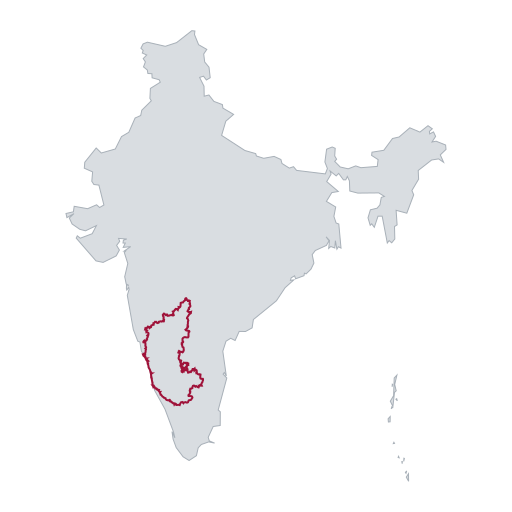 Karnataka on a map of India (Natural Earth projection)
{"feature_id": "IND-2446", "entity_name": "Karnataka", "entity_type": "State", "adm_level": 1, "iso_a3": "IND", "parent_name": "India", "parent_adm1": "", "projection": "natural_earth1", "projection_center": [76.378, 15.043], "detail": "fine", "context": "in_parent", "style": "outline", "palette": "rose", "viewbox_px": 512, "rotation_deg": 0, "n_neighbors": 0, "source": "natural_earth", "source_scale": "10m", "svg_char_len": 9692}
<svg xmlns="http://www.w3.org/2000/svg" viewBox="0 0 512 512"><path d="M66.0,213.5L73.4,211.8L74.2,206.3L87.6,208.7L96.6,204.8L99.6,207.5L103.9,205.0L98.9,185.1L93.9,184.5L91.8,181.3L92.6,171.9L84.3,168.2L84.8,162.2L96.2,148.0L101.3,153.0L115.3,149.0L121.5,136.6L128.8,132.3L135.1,118.0L140.7,115.5L141.8,110.2L151.3,100.8L149.9,98.4L150.4,88.4L160.3,82.2L159.1,79.7L152.1,77.8L151.9,73.7L147.9,73.5L147.3,70.0L143.5,66.9L145.4,61.9L143.2,58.6L146.7,55.0L142.3,53.0L143.2,50.5L140.9,48.2L143.1,43.9L147.4,42.2L165.3,46.3L176.6,42.6L191.8,30.7L194.9,31.0L194.5,34.6L198.6,44.7L206.8,49.4L203.7,54.0L204.7,62.0L209.0,67.2L210.2,77.7L206.4,80.0L203.5,76.2L199.6,77.4L204.0,86.2L204.2,96.2L208.9,95.0L213.9,101.4L222.4,104.6L222.9,108.1L233.6,114.4L225.8,121.2L221.6,135.4L244.9,150.5L255.7,153.6L256.4,156.0L263.7,158.3L274.1,156.4L280.9,159.5L282.0,163.5L289.3,168.1L293.5,166.7L296.6,170.4L325.3,173.9L327.4,168.5L324.9,162.0L326.6,149.2L332.2,147.0L335.2,148.3L334.7,156.0L336.6,159.2L334.7,161.4L340.2,167.0L348.2,168.8L355.7,165.9L360.9,167.7L377.3,166.4L378.1,159.6L371.6,155.4L372.0,152.2L383.8,150.3L392.5,138.5L399.1,137.0L409.8,127.8L419.9,132.1L428.0,125.7L432.3,128.8L429.4,131.4L429.7,133.9L433.5,131.9L435.6,136.4L432.0,142.0L436.1,141.2L445.6,145.0L446.0,149.4L440.3,154.9L443.6,162.3L438.6,158.9L431.6,160.0L418.2,170.5L418.6,179.2L411.9,190.5L413.7,194.8L406.8,213.2L396.1,210.3L397.1,224.9L394.5,226.5L394.8,239.0L391.7,242.8L389.1,240.6L387.3,243.0L382.2,216.2L378.0,216.2L374.3,227.3L371.7,223.8L370.2,225.3L368.0,217.8L370.4,209.8L377.1,208.2L379.9,204.9L381.3,197.4L384.4,196.4L378.8,192.9L357.8,193.1L349.8,191.0L349.4,180.8L347.3,176.5L345.8,179.8L343.4,179.8L338.7,173.4L336.2,175.9L330.1,171.0L331.1,174.1L326.7,181.6L338.3,191.5L331.8,192.6L326.4,201.4L335.7,207.0L333.9,216.4L336.1,223.0L338.8,224.0L341.0,248.1L338.4,246.7L336.9,249.2L335.4,240.7L334.8,248.0L330.8,246.5L328.7,248.4L329.5,240.5L326.1,236.8L329.0,240.8L326.4,245.4L315.3,250.5L312.2,254.6L313.9,263.1L311.0,269.1L306.1,273.9L304.4,273.2L304.0,275.7L295.6,278.8L294.6,275.8L291.2,277.8L290.4,280.4L293.8,279.9L285.1,287.7L276.4,300.8L253.4,319.5L252.1,327.9L245.5,331.5L239.2,331.4L235.1,340.5L230.7,338.3L226.0,341.2L222.8,351.2L226.3,376.0L224.3,372.5L223.1,374.1L226.8,378.0L218.2,410.0L220.3,411.8L220.2,425.5L213.2,426.5L208.2,437.3L209.3,440.9L214.6,443.1L208.7,441.9L201.3,444.5L198.2,447.8L196.4,455.7L189.1,460.5L183.1,456.8L176.2,447.6L173.1,439.1L172.0,431.6L174.9,437.8L173.4,431.7L165.0,409.2L154.6,390.4L147.2,360.2L141.4,351.2L139.9,342.0L137.8,341.2L133.3,329.5L127.3,295.3L129.1,289.4L128.7,287.3L126.8,290.1L126.4,288.5L126.5,285.0L128.9,285.4L126.2,284.0L124.7,276.7L127.8,263.5L124.3,252.5L125.7,251.0L124.1,251.1L130.7,246.6L123.2,247.4L125.3,243.1L123.0,243.0L123.4,240.2L126.8,239.0L118.5,238.4L119.7,241.3L116.6,245.4L119.4,250.0L116.2,255.9L103.1,262.4L96.0,260.9L76.2,238.1L77.3,235.8L80.3,238.2L92.2,233.7L96.4,225.6L85.5,230.8L79.8,229.3L72.1,224.0L69.3,218.0L74.0,213.6L66.9,217.6L66.0,213.5ZM392.9,406.5L390.3,401.2L393.6,395.7L394.2,378.0L396.9,375.1L394.7,384.5L396.2,390.8L394.5,392.4L392.9,406.5ZM408.5,473.7L408.6,481.3L406.3,477.1L408.5,473.7ZM390.1,421.8L388.4,422.0L388.1,418.8L390.2,416.5L390.1,421.8ZM402.3,461.5L402.2,463.7L401.8,461.6L402.3,461.5ZM404.4,458.4L403.7,461.4L403.9,458.2L404.4,458.4ZM406.7,470.9L406.0,473.3L405.4,472.4L406.7,470.9ZM394.5,443.4L393.3,443.6L393.9,442.3L394.5,443.4ZM392.4,407.6L391.2,408.8L391.8,406.9L392.4,407.6ZM396.7,398.7L397.3,400.8L395.9,399.2L396.7,398.7ZM399.2,457.8L398.1,457.5L398.5,456.3L399.2,457.8ZM392.6,384.4L392.1,386.8L392.3,384.2L392.6,384.4Z" fill="#d9dde1" stroke="#a8b0b8" stroke-width="1"/><path d="M153.4,387.3L153.4,386.8L153.0,386.2L153.5,386.4L154.6,385.5L153.4,385.9L152.9,385.8L152.3,382.8L152.5,382.3L152.2,381.8L151.6,378.4L151.2,377.7L151.1,376.3L151.3,377.1L151.5,377.2L151.1,375.4L150.9,373.7L151.1,373.8L151.1,373.5L151.5,373.6L151.8,373.4L151.5,373.4L151.2,372.9L151.4,372.8L151.2,372.5L150.8,373.3L150.2,370.6L149.8,369.5L148.6,367.5L148.3,365.1L147.8,364.2L147.8,363.9L148.8,364.1L147.8,363.5L147.6,363.3L147.6,362.6L146.7,359.7L147.2,360.7L147.5,360.8L147.4,360.5L147.8,360.5L147.0,359.7L146.8,359.5L146.8,359.1L146.6,359.2L146.6,359.8L146.1,359.7L146.0,358.8L146.6,358.4L145.7,358.4L145.4,356.7L145.0,356.4L144.7,356.8L144.4,356.3L144.1,356.3L143.5,355.8L143.3,355.3L143.5,355.4L143.8,354.9L144.2,355.1L144.6,354.5L145.2,354.5L145.2,354.3L144.8,353.9L143.9,354.6L143.6,354.7L143.3,354.1L144.1,353.5L144.7,353.5L145.3,353.0L145.6,351.8L145.6,350.6L146.0,349.4L145.3,348.5L145.9,348.2L146.1,347.8L146.1,347.1L145.5,346.3L145.5,345.6L145.3,345.2L145.5,344.2L145.3,342.7L144.4,342.1L144.0,342.4L143.4,342.3L143.3,341.9L143.9,340.9L144.7,340.3L145.0,340.4L145.1,341.0L145.9,340.9L146.5,340.4L147.1,339.3L146.8,338.8L147.7,337.1L147.9,336.4L147.8,336.0L147.2,335.6L147.5,335.2L148.3,335.1L148.4,334.7L148.5,333.3L148.3,332.9L147.0,332.1L146.4,332.3L146.2,330.8L146.9,330.4L146.4,330.0L146.3,329.5L145.9,329.5L145.7,328.9L145.2,329.1L145.4,328.2L146.0,328.4L146.3,327.9L146.8,328.2L147.6,327.4L147.9,326.6L149.1,326.9L149.5,328.1L150.4,327.4L151.0,327.2L151.1,326.9L150.7,326.5L151.1,326.2L151.3,325.5L151.7,325.4L152.8,324.7L153.6,324.8L153.7,324.5L153.4,323.2L154.4,322.8L155.0,321.8L155.5,321.9L156.1,321.8L157.0,322.9L157.7,323.1L158.7,322.6L158.7,321.9L158.9,321.7L159.8,321.6L160.4,321.3L161.1,321.3L161.7,321.6L162.4,321.3L162.8,320.8L163.5,321.4L163.8,321.4L164.0,320.9L163.8,320.2L164.1,319.6L163.5,318.6L163.7,317.2L163.6,316.8L163.2,316.5L162.8,314.9L163.8,313.6L164.3,313.7L164.5,314.4L165.3,314.5L165.7,315.1L165.9,315.2L166.5,314.5L167.1,314.5L167.4,315.5L167.9,315.9L168.9,315.5L169.3,315.6L170.3,315.1L170.9,315.2L171.6,314.9L172.3,315.4L173.5,315.4L173.8,315.1L173.0,313.6L173.3,313.0L173.3,312.1L172.9,311.5L174.0,311.1L174.4,310.4L174.9,310.1L175.0,309.6L175.4,309.4L175.7,308.9L176.7,309.0L177.8,310.0L178.2,308.6L178.8,308.1L178.6,307.0L179.9,307.2L180.2,306.9L180.5,306.1L180.7,302.9L181.4,302.6L183.1,302.4L183.6,301.4L185.1,300.3L185.1,299.1L185.6,298.3L186.2,298.2L186.6,298.7L186.7,299.9L187.7,300.4L187.9,301.0L188.2,301.0L188.8,300.4L189.8,300.8L189.6,301.7L190.0,303.6L189.5,304.0L190.1,304.8L190.4,306.0L190.3,306.5L188.9,307.8L188.7,308.2L189.1,308.9L189.1,309.2L188.2,309.9L187.5,311.2L187.7,311.4L188.6,312.0L189.8,312.0L190.0,312.5L191.0,312.0L190.8,313.2L190.0,313.4L189.7,314.1L189.1,314.3L188.7,315.2L187.1,317.6L187.0,318.4L187.7,318.8L188.3,320.6L187.9,321.7L187.9,324.0L187.5,325.1L187.6,325.4L188.0,325.9L187.6,326.6L188.0,326.7L187.8,327.5L187.3,327.8L187.0,328.5L185.5,329.7L186.0,330.3L187.3,330.7L188.7,330.8L189.2,331.0L189.4,331.7L188.6,332.6L188.5,334.1L188.5,336.7L188.0,337.4L186.2,337.4L185.1,337.1L184.3,337.2L183.1,337.9L182.5,338.7L182.5,340.4L183.2,341.9L183.1,342.1L182.6,342.0L182.2,342.3L182.1,342.7L182.2,344.3L182.1,344.5L181.7,344.2L181.7,344.4L182.3,345.8L182.4,346.8L183.5,347.5L183.8,350.1L183.3,351.6L182.6,352.3L182.0,351.8L181.4,352.0L180.3,351.7L179.0,350.9L178.7,351.3L178.7,352.1L178.4,352.6L179.6,353.1L179.7,353.6L179.4,355.6L178.9,356.0L179.0,356.7L178.7,357.5L178.6,358.4L178.9,359.2L179.3,359.5L179.8,360.5L180.9,360.4L181.2,360.7L180.9,361.6L180.4,361.6L180.2,362.0L180.4,362.7L181.1,363.2L180.9,364.0L183.1,364.3L183.2,363.5L183.9,362.6L184.6,362.9L185.5,362.8L185.7,363.3L186.5,363.6L187.0,364.3L187.3,364.0L186.9,363.1L187.1,362.8L187.5,362.9L187.7,363.3L188.3,363.5L188.2,364.2L188.3,365.1L187.1,365.4L186.5,366.1L186.9,366.3L186.5,367.2L186.9,368.1L187.3,368.5L187.3,369.0L187.5,369.5L187.3,369.7L186.6,369.4L186.5,368.9L186.0,367.8L185.4,367.6L183.6,367.9L183.2,367.5L182.1,366.9L181.7,365.3L181.0,365.0L180.5,365.4L180.4,365.8L181.3,366.9L181.3,367.8L182.3,369.3L181.5,370.8L181.7,371.8L181.9,371.9L182.0,371.4L182.7,372.0L183.0,371.6L183.8,371.6L183.8,370.6L183.5,370.2L183.8,370.0L184.0,369.4L184.2,369.9L184.7,369.7L185.1,370.0L185.6,370.1L186.0,370.4L187.3,370.4L187.8,371.2L188.0,372.6L188.7,372.6L189.5,372.1L190.0,372.1L190.2,371.5L190.7,371.4L191.1,371.7L191.4,371.0L191.9,370.7L192.7,370.0L192.4,369.3L192.6,369.0L193.4,369.0L193.9,369.3L194.6,368.6L194.7,369.3L194.3,369.9L194.4,370.6L195.0,370.0L195.5,370.1L195.9,369.8L196.5,370.2L196.7,370.6L196.8,371.2L196.6,371.8L196.9,372.7L196.3,372.7L196.4,373.3L197.2,373.3L198.0,374.2L198.6,374.4L199.1,374.5L199.6,374.2L200.5,374.5L200.2,377.7L200.6,378.6L201.6,378.7L202.4,379.3L202.9,378.9L203.0,379.0L203.0,380.3L202.5,381.5L202.3,382.4L201.8,382.9L201.0,384.6L201.5,385.0L201.8,385.7L201.4,385.7L200.6,385.0L200.1,385.0L200.0,385.7L199.9,385.8L199.3,386.1L198.8,385.9L198.8,386.9L198.6,387.4L197.7,387.1L196.1,386.0L195.3,386.7L194.2,385.6L193.4,385.6L192.9,385.9L192.3,387.5L192.4,388.0L191.4,388.7L190.3,388.7L189.7,390.5L189.9,391.0L189.9,391.5L190.3,391.5L190.2,392.9L189.6,393.9L188.4,395.2L188.6,396.0L191.1,396.1L192.0,396.5L192.4,397.4L192.4,397.7L191.1,399.7L190.7,400.0L189.1,400.2L188.7,400.4L188.0,402.2L187.6,402.5L186.7,402.6L185.6,402.1L185.1,402.3L183.9,402.4L183.4,403.2L182.3,402.0L181.0,402.3L180.1,403.9L179.7,405.1L178.8,404.8L176.3,405.0L176.1,404.8L176.0,404.0L175.5,403.6L174.8,403.8L174.3,404.5L173.9,403.2L172.9,403.2L172.2,402.3L171.6,402.3L171.0,401.4L170.2,401.5L169.9,401.3L169.9,400.0L169.7,399.8L168.2,400.4L166.5,399.9L165.7,399.1L165.5,398.2L164.7,398.0L164.2,397.7L163.8,397.7L163.5,397.1L162.5,396.6L161.1,394.7L160.6,394.7L160.3,393.6L159.9,392.9L159.9,392.6L160.3,391.9L159.5,391.9L158.7,390.9L158.7,390.6L159.0,389.9L158.4,389.7L157.8,389.9L157.4,389.4L156.8,389.4L156.7,389.0L156.7,388.6L156.2,388.3L155.5,388.5L155.4,388.1L154.8,387.8L154.6,387.1L153.4,387.3Z" fill="none" stroke="#9f1239" stroke-width="2"/></svg>